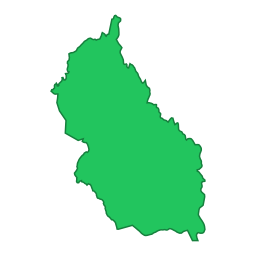 Buriti dos Montes, Piauí, Brazil (Equal Earth projection)
{"feature_id": "56859067B43813520190599", "entity_name": "Buriti dos Montes", "entity_type": "district", "adm_level": 2, "iso_a3": "BRA", "parent_name": "Brazil", "parent_adm1": "Piauí", "projection": "equal_earth", "projection_center": [-41.217, -5.12], "detail": "fine", "context": "isolated", "style": "filled", "palette": "green", "viewbox_px": 256, "rotation_deg": 0, "n_neighbors": 0, "source": "geoboundaries", "source_scale": "gbopen_adm2", "svg_char_len": 4821}
<svg xmlns="http://www.w3.org/2000/svg" viewBox="0 0 256 256"><path d="M120.5,18.5L119.8,18.0L118.7,17.5L117.8,17.3L117.0,16.8L116.3,16.0L115.7,15.4L114.6,15.7L113.9,17.0L113.5,18.5L112.7,19.1L111.9,19.2L108.8,34.1L107.3,34.5L106.7,35.2L106.2,36.2L105.5,35.7L105.1,34.6L104.3,33.8L102.3,32.6L101.9,33.6L101.5,35.1L101.2,36.2L100.5,37.3L100.1,38.7L99.1,39.2L97.4,39.5L96.2,40.1L95.0,39.2L94.2,39.5L93.3,39.6L92.5,39.3L90.6,38.2L89.1,38.4L88.0,38.9L86.7,40.1L85.4,40.8L84.4,41.4L83.1,43.0L80.8,45.3L80.1,46.2L79.1,47.0L78.1,47.7L77.5,48.3L77.0,49.4L76.4,50.6L75.5,51.3L74.7,51.7L73.9,52.2L73.0,52.6L71.9,52.7L71.0,52.8L70.3,53.1L69.6,53.4L68.9,53.9L69.1,55.1L69.2,56.5L69.4,57.7L69.2,58.6L69.2,59.7L68.5,60.5L67.5,61.7L67.4,63.3L68.1,64.4L68.0,66.3L67.5,68.0L67.2,69.2L67.5,70.8L68.1,71.7L68.9,71.9L68.5,72.8L67.4,73.5L66.2,73.5L65.5,73.6L65.8,74.6L66.4,75.9L66.1,76.9L66.3,78.1L65.7,79.2L65.0,80.0L63.9,79.9L63.5,78.6L62.9,77.5L62.0,77.7L62.3,79.0L61.8,80.9L60.9,81.8L60.1,82.6L59.3,83.3L58.6,84.4L58.8,85.4L57.9,86.1L57.1,85.8L57.2,84.5L56.3,83.2L55.7,84.3L54.9,84.5L54.4,85.7L54.5,86.9L54.4,88.2L53.5,88.8L52.9,89.7L51.8,89.7L51.1,91.2L52.2,92.1L53.0,92.9L54.2,93.8L55.2,94.1L56.6,94.0L57.9,94.0L57.6,98.1L56.9,102.7L59.5,110.9L66.0,120.4L65.3,133.1L78.2,140.4L83.2,138.8L82.3,141.4L83.6,142.2L85.2,142.6L86.4,142.6L87.6,144.5L88.4,146.9L89.0,149.5L88.5,151.3L87.4,152.4L86.2,151.9L85.5,152.4L84.3,153.1L83.4,154.7L82.5,155.2L81.3,156.5L79.9,158.3L79.0,159.7L78.5,160.9L77.5,163.2L77.2,165.6L76.9,166.8L77.4,167.7L77.4,168.7L76.9,169.7L75.9,171.3L74.5,173.1L74.7,174.4L75.1,175.3L76.9,177.6L76.7,178.6L76.8,179.7L76.6,180.7L76.6,181.8L77.3,182.7L78.7,182.7L79.5,181.4L80.7,180.8L81.5,180.6L81.6,181.7L82.7,182.0L83.9,182.5L84.8,183.4L86.1,184.0L87.0,185.1L87.8,184.2L88.5,183.7L89.4,184.4L90.2,184.4L91.0,185.6L91.5,186.9L91.8,187.9L92.4,189.2L92.8,190.8L93.9,191.0L95.0,192.0L95.7,192.8L96.4,194.0L96.5,195.4L96.9,196.4L97.2,197.6L97.8,198.2L98.7,198.3L99.4,198.8L100.2,199.1L101.3,199.4L102.2,199.8L103.1,200.8L103.8,202.3L103.4,203.4L103.8,204.4L104.3,205.5L104.9,206.0L105.4,207.1L105.1,208.2L105.4,209.3L105.7,210.3L106.2,211.7L106.3,213.3L106.8,214.2L107.2,215.1L107.9,216.1L108.8,216.7L109.7,217.4L110.7,218.6L111.5,219.7L112.5,219.7L113.6,220.5L114.7,221.6L115.5,222.8L115.9,224.3L116.4,226.0L116.8,227.4L117.1,229.1L118.4,229.2L132.4,225.3L135.5,227.8L137.8,229.8L139.3,231.0L140.4,232.1L141.5,233.3L142.9,234.3L144.5,235.3L145.7,235.5L147.3,235.3L150.2,234.5L151.6,234.2L152.5,233.8L153.5,232.9L154.9,232.4L156.0,231.9L157.4,231.0L158.5,230.5L160.4,229.9L161.6,229.8L162.9,229.9L163.9,229.7L165.0,229.6L166.1,230.0L167.0,230.0L167.8,229.7L168.6,229.1L169.7,228.6L170.9,228.8L172.2,229.3L173.6,230.1L175.0,230.8L175.8,231.2L176.6,231.9L177.7,232.4L179.4,233.1L181.3,233.1L182.1,232.6L183.4,231.5L185.3,230.8L187.5,230.3L192.5,240.6L197.9,240.6L196.9,237.9L196.4,235.3L196.7,234.2L197.6,232.9L198.7,232.7L199.9,233.1L200.7,233.2L202.3,233.1L203.2,232.7L203.9,232.0L204.9,229.5L204.5,226.3L204.0,224.5L203.4,223.2L202.1,221.0L200.3,218.4L198.9,216.0L198.4,214.9L198.4,213.8L199.0,209.5L199.8,207.7L201.7,206.4L203.1,205.2L204.3,199.0L204.7,196.7L204.5,194.6L201.7,192.1L200.8,190.6L201.0,188.5L201.8,187.5L202.1,186.1L201.5,183.0L202.5,181.6L204.8,181.3L204.9,180.1L202.9,178.3L202.1,176.0L200.1,173.6L199.2,172.3L198.5,171.7L197.3,171.2L197.2,169.8L199.0,169.4L199.7,168.8L200.9,167.7L201.8,166.7L202.0,165.3L201.3,163.4L201.4,161.8L201.2,160.8L200.0,158.3L199.5,156.3L199.9,153.8L200.8,151.6L201.3,150.0L201.2,148.2L200.3,146.4L199.5,145.5L198.9,144.8L198.0,144.6L195.1,144.7L192.7,140.5L191.3,138.9L190.0,138.5L188.0,138.7L186.5,140.0L185.8,139.2L185.2,135.7L184.4,134.6L183.0,134.0L181.7,131.8L180.3,131.3L179.3,130.5L178.6,129.4L178.3,124.1L177.7,122.9L176.4,123.3L175.7,124.2L174.9,124.6L173.9,121.9L172.9,118.2L171.5,117.9L170.4,118.9L168.1,122.1L166.3,120.6L163.7,119.8L162.3,118.4L160.6,117.8L160.2,116.7L160.7,113.9L159.8,112.7L158.8,111.7L158.9,110.1L158.6,109.1L158.2,108.2L156.5,107.4L156.4,104.6L155.1,104.5L153.8,104.8L152.4,103.8L151.3,103.3L148.9,102.7L147.1,102.8L147.7,99.9L148.2,98.8L148.9,97.2L149.3,96.1L149.8,95.1L150.1,93.8L149.8,92.4L149.7,91.3L149.9,90.3L149.4,88.3L147.3,86.8L146.2,85.0L145.9,83.5L145.3,80.4L143.6,82.7L142.4,83.1L141.3,81.5L140.4,79.2L138.6,76.3L137.9,73.9L137.4,73.0L136.7,72.3L135.8,71.2L135.2,69.5L134.5,67.7L133.6,66.7L133.1,65.8L131.9,64.7L131.0,64.5L130.0,63.7L129.6,64.8L129.2,66.2L128.6,67.9L127.8,67.8L126.8,66.6L126.9,64.8L126.4,64.0L124.6,64.4L123.6,63.7L123.4,61.3L123.3,59.9L122.3,57.3L120.4,53.5L120.1,52.5L120.2,51.1L120.7,50.0L121.9,47.7L120.5,45.8L118.6,43.6L116.3,39.4L117.6,37.7L118.3,36.5L118.9,34.8L118.9,32.6L118.7,28.8L118.0,25.2L118.2,24.1L118.5,22.8L120.5,21.0L120.7,19.7L120.5,18.5Z" fill="#22c55e" stroke="#15803d" stroke-width="1.5"/></svg>